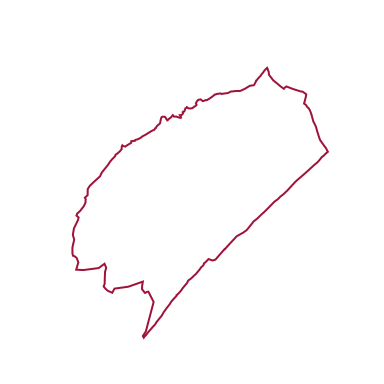 Tambrauw, Papua Barat, Indonesia, rotated 306°
{"feature_id": "22746128B68810971865676", "entity_name": "Tambrauw", "entity_type": "district", "adm_level": 2, "iso_a3": "IDN", "parent_name": "Indonesia", "parent_adm1": "Papua Barat", "projection": "orthographic", "projection_center": [132.821, -0.81], "detail": "fine", "context": "isolated", "style": "outline", "palette": "rose", "viewbox_px": 384, "rotation_deg": 306, "n_neighbors": 0, "source": "geoboundaries", "source_scale": "gbopen_adm2", "svg_char_len": 4914}
<svg xmlns="http://www.w3.org/2000/svg" viewBox="0 0 384 384"><g transform="rotate(306 192 192)"><path d="M336.3,180.5L336.6,179.8L334.5,179.4L332.2,179.2L330.9,179.3L330.1,179.3L328.2,179.1L326.3,179.2L326.1,179.2L325.5,179.1L325.1,179.0L324.8,179.0L324.6,178.9L324.0,178.9L323.3,178.8L322.7,178.7L322.0,178.7L321.3,178.7L320.7,178.7L319.9,178.4L319.6,178.7L319.0,178.7L318.5,178.8L318.1,178.9L317.3,179.0L316.6,179.1L316.2,179.2L315.7,179.2L315.2,179.3L314.6,179.1L314.1,178.6L313.7,178.3L313.4,177.8L313.0,177.4L312.6,177.0L311.7,176.3L311.2,176.1L310.7,175.8L310.3,175.7L309.7,175.4L309.3,175.2L308.8,175.0L308.3,174.9L307.8,174.6L307.3,174.5L306.8,174.2L305.8,173.7L304.8,173.1L304.3,172.9L303.8,172.6L303.4,172.4L302.8,172.0L302.5,171.8L302.0,171.5L301.7,171.1L301.3,170.7L301.0,170.1L300.6,169.5L300.0,168.9L299.7,168.5L299.3,168.0L298.8,167.3L298.2,166.7L297.7,166.2L297.1,165.6L296.6,164.9L296.2,164.4L294.4,163.6L292.9,162.6L291.0,160.6L289.5,159.1L289.4,158.8L288.9,158.4L288.7,158.3L288.6,157.5L288.2,156.7L286.7,155.4L286.4,154.8L285.9,154.5L285.5,154.2L285.4,154.2L285.2,154.0L284.7,153.7L284.3,153.4L284.3,153.2L283.0,152.9L280.9,152.3L278.9,151.6L277.7,151.2L276.3,150.5L276.2,150.5L275.7,150.4L274.6,149.6L274.4,149.0L274.0,148.8L273.5,148.5L272.8,148.1L272.6,148.0L271.8,147.1L271.9,146.1L272.0,144.6L270.6,143.2L269.3,142.8L269.3,142.7L268.0,142.7L267.2,142.8L266.1,143.0L265.2,144.5L264.6,144.4L263.3,144.2L262.5,143.6L262.3,143.6L261.5,143.5L261.1,143.3L260.7,143.1L260.3,143.1L258.6,141.7L257.6,139.9L257.5,139.2L257.7,138.7L257.6,137.9L256.0,137.8L255.6,137.9L255.6,138.4L255.4,137.6L253.5,138.3L252.0,138.2L251.7,137.6L251.4,137.6L251.2,137.5L250.7,137.9L250.2,138.5L249.4,138.6L248.2,138.3L247.7,137.8L247.1,137.1L247.0,137.4L245.5,140.1L245.5,139.7L244.7,138.0L243.8,135.0L242.4,133.1L242.9,131.3L241.0,131.2L240.4,131.1L239.7,131.1L239.0,130.8L238.6,130.7L238.0,130.5L237.2,130.2L236.4,130.2L236.2,130.1L235.8,130.1L235.7,130.1L235.4,129.9L235.5,129.7L235.8,129.1L235.8,128.8L235.9,128.6L236.1,128.0L236.6,127.0L236.9,125.8L235.4,123.7L234.4,123.4L232.4,124.1L230.3,125.1L228.7,125.8L224.9,124.9L223.4,125.0L222.9,125.2L221.6,124.7L220.3,125.0L219.6,124.5L216.9,123.1L213.1,121.6L210.9,120.7L207.5,119.0L205.8,118.7L203.3,117.4L202.2,116.7L200.8,115.5L199.8,115.7L197.4,113.0L195.9,113.9L192.1,112.2L189.5,111.3L188.7,109.1L188.8,108.2L187.3,108.5L185.4,109.9L182.4,109.7L179.2,109.0L177.2,108.2L175.8,108.8L172.1,108.2L168.6,107.9L165.1,108.1L154.7,107.6L150.5,108.4L143.1,106.8L137.0,105.7L133.1,105.9L128.1,109.4L125.9,109.0L124.4,108.7L123.7,110.3L122.4,111.0L121.0,112.0L119.4,112.4L116.7,112.8L113.4,112.7L110.9,112.6L107.0,111.8L105.0,112.4L104.8,115.2L102.5,116.2L93.1,117.9L87.3,120.8L84.2,124.7L80.9,126.1L76.6,128.0L71.9,131.5L70.5,133.2L70.9,134.4L71.0,135.8L70.8,137.5L68.3,141.4L66.6,142.0L61.1,144.0L65.0,150.0L75.6,161.2L82.5,163.4L80.3,167.1L76.3,168.6L72.5,171.1L67.8,174.3L66.6,175.2L63.6,176.1L62.8,179.4L62.6,182.0L63.6,186.7L64.0,186.6L68.3,186.1L70.4,188.3L77.9,196.1L78.9,196.8L90.6,204.9L88.4,206.0L87.7,206.4L86.2,207.1L85.3,207.9L83.9,208.8L83.5,210.6L83.0,212.1L82.7,213.2L83.0,213.5L83.3,213.7L83.6,213.8L84.1,214.0L84.5,214.1L85.0,214.5L85.4,215.0L85.7,215.3L80.5,225.6L52.1,236.6L46.6,236.9L45.8,238.6L47.9,238.6L49.0,238.9L51.2,238.9L53.5,239.0L55.3,239.2L60.2,239.6L61.5,239.8L63.4,240.0L65.0,239.8L66.8,239.8L70.7,240.0L74.3,240.2L75.2,240.1L78.5,239.7L79.8,239.8L82.8,239.7L85.1,239.8L87.0,239.9L88.0,239.9L91.2,239.7L93.6,239.9L95.1,240.0L96.9,240.3L99.1,240.5L99.5,240.1L100.8,240.5L102.1,240.7L104.5,241.0L106.1,241.1L109.1,241.0L111.4,241.2L113.5,241.3L115.0,241.5L117.6,241.1L118.6,241.1L121.1,242.0L124.0,242.6L125.3,242.7L127.9,243.4L129.2,243.4L130.2,243.5L132.8,243.7L134.9,243.7L136.9,243.7L138.6,244.2L139.4,244.2L140.1,244.2L141.2,243.6L142.5,244.0L143.5,244.3L144.3,244.3L145.5,244.6L146.5,244.6L147.5,244.8L148.6,248.8L151.0,250.7L165.0,251.9L165.0,252.2L170.3,252.7L182.5,254.2L188.6,257.0L189.3,257.4L190.6,257.7L192.8,258.5L195.5,258.8L198.3,258.9L201.8,259.1L204.4,259.1L206.5,259.8L208.2,260.2L209.3,260.5L213.0,261.1L215.8,261.6L217.3,262.0L220.7,262.6L223.8,263.1L228.1,263.7L232.8,264.4L235.4,265.3L236.8,265.7L240.3,266.2L243.5,267.2L247.4,267.9L248.4,268.1L248.9,268.2L255.8,269.0L260.8,269.6L262.9,270.0L265.4,270.6L266.3,270.8L272.3,272.2L274.9,272.8L278.3,273.5L281.9,274.2L282.2,274.3L285.8,275.0L288.6,275.8L291.8,276.3L296.8,276.5L298.3,277.1L301.7,277.6L304.4,278.3L305.0,276.9L306.1,275.0L307.0,272.0L308.0,269.0L309.2,265.4L310.5,263.3L314.4,258.0L317.5,254.1L319.1,251.3L320.4,248.7L322.8,245.7L324.8,243.2L326.9,240.2L328.3,237.4L328.5,235.4L329.4,233.0L329.4,230.7L335.8,228.2L338.2,227.0L338.2,222.5L337.2,220.7L334.6,212.9L332.9,206.4L331.3,205.8L329.5,205.7L329.5,204.2L329.5,201.5L329.8,197.7L330.1,192.1L332.1,185.3L334.3,183.5L335.2,181.8L336.3,180.5Z" fill="none" stroke="#9f1239" stroke-width="2"/></g></svg>